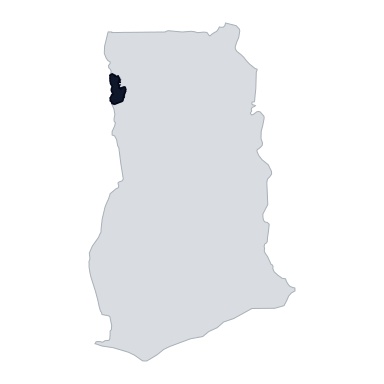 Wa West, Upper West, Ghana (highlighted)
{"feature_id": "2480657B35206472883168", "entity_name": "Wa West", "entity_type": "district", "adm_level": 2, "iso_a3": "GHA", "parent_name": "Ghana", "parent_adm1": "Upper West", "projection": "robinson", "projection_center": [-2.68, 9.917], "detail": "fine", "context": "in_parent", "style": "filled", "palette": "ink", "viewbox_px": 384, "rotation_deg": 0, "n_neighbors": 0, "source": "geoboundaries", "source_scale": "gbopen_adm2", "svg_char_len": 6340}
<svg xmlns="http://www.w3.org/2000/svg" viewBox="0 0 384 384"><path d="M236.2,25.7L239.2,28.9L239.8,30.7L238.7,37.6L236.6,42.4L235.2,46.9L235.4,49.1L236.8,51.3L241.3,54.9L243.6,57.1L246.3,60.6L249.5,64.0L254.9,68.4L257.1,69.2L257.0,70.4L256.3,72.1L255.8,88.6L255.4,92.8L255.1,95.0L254.6,101.1L254.0,102.0L253.0,101.9L252.0,102.1L251.8,103.4L252.2,104.6L255.4,105.5L254.7,106.4L252.3,107.3L251.2,109.1L251.7,111.2L250.4,112.9L250.8,114.1L251.6,114.9L253.0,114.6L256.8,111.8L258.4,111.4L260.3,112.0L264.0,116.3L264.1,118.5L262.7,125.7L261.2,131.3L261.0,138.7L262.5,142.9L262.3,145.2L260.6,147.2L256.9,150.1L257.2,152.0L258.9,155.7L262.1,159.8L268.3,164.8L271.5,171.4L271.6,174.1L269.7,176.8L267.5,179.1L266.8,182.4L267.8,204.5L262.9,214.0L262.9,216.8L263.4,219.9L264.7,221.9L267.2,222.4L269.2,224.2L268.5,230.9L267.5,237.8L267.3,241.1L266.7,242.7L264.8,244.0L264.1,246.1L264.6,248.8L264.2,250.8L265.2,253.3L267.5,256.5L271.1,264.4L272.4,265.0L273.1,266.7L272.7,268.3L274.1,271.8L278.0,275.3L282.2,278.3L285.6,278.8L286.4,281.5L288.6,285.0L290.3,286.5L292.8,287.5L294.9,288.0L295.0,290.9L291.3,293.0L288.7,296.0L286.7,300.6L284.0,305.7L274.7,308.3L271.1,308.3L251.9,308.5L234.0,318.4L223.6,322.0L217.3,327.6L208.7,331.6L202.8,336.5L190.4,338.8L170.0,346.4L163.7,349.4L157.2,354.7L146.7,361.0L142.6,360.9L134.4,355.1L128.3,352.2L113.2,347.7L101.9,346.0L96.5,344.1L95.0,343.7L96.2,341.7L99.4,341.5L102.7,342.2L105.2,340.6L108.9,340.4L109.8,338.7L110.1,334.5L110.1,331.1L111.4,329.6L111.7,325.6L109.9,316.8L108.6,315.8L102.0,314.5L101.6,312.7L100.4,310.9L99.1,306.3L97.7,299.6L95.4,291.1L91.0,277.3L89.9,272.4L89.1,267.4L89.0,261.4L89.9,259.2L89.7,256.1L89.3,253.1L92.4,246.0L98.5,237.4L99.8,234.3L101.0,232.1L101.1,229.0L102.2,218.9L105.1,206.8L107.0,202.2L108.2,199.7L109.7,195.6L110.1,193.7L115.7,189.0L118.3,187.7L118.8,185.8L118.0,183.7L118.3,182.4L119.7,181.7L121.8,181.1L123.3,179.1L120.9,164.1L119.0,149.2L118.9,147.9L117.7,145.8L116.6,139.7L114.7,136.0L112.1,135.0L112.1,131.6L114.7,125.8L115.4,122.5L114.2,121.5L114.0,118.8L114.9,114.6L114.4,112.0L114.0,109.2L111.2,102.7L110.5,98.0L111.9,95.3L111.9,89.4L110.4,80.2L110.1,74.4L111.2,72.0L110.7,69.8L108.7,67.6L108.5,65.5L110.2,63.4L110.0,61.8L107.9,60.6L106.0,57.8L104.3,53.4L104.6,46.2L107.8,33.0L108.2,31.9L111.8,32.0L111.9,32.6L123.1,32.4L135.9,32.3L151.3,32.1L165.2,32.0L165.9,31.4L168.2,30.7L182.3,32.0L191.1,31.3L194.8,31.8L197.5,32.7L203.6,32.1L206.9,32.4L209.3,35.7L210.3,35.7L211.7,34.3L214.1,32.7L216.6,31.4L218.4,28.9L219.4,26.9L221.0,27.3L223.3,27.2L224.9,25.6L225.5,23.0L236.2,25.7Z" fill="#d9dde1" stroke="#a8b0b8" stroke-width="1"/><path d="M125.4,87.8L125.3,87.4L125.2,87.4L125.1,87.2L124.9,87.0L124.7,87.0L124.6,86.9L124.4,86.9L124.2,86.9L124.2,87.0L123.9,87.1L123.7,87.3L123.4,87.2L123.4,87.3L123.2,87.4L122.9,87.4L122.9,87.5L122.7,87.6L122.6,87.9L122.4,87.9L122.2,87.9L122.1,88.1L121.9,88.1L121.7,88.0L121.6,87.8L121.3,87.7L121.1,87.9L121.0,88.1L120.9,88.1L121.0,88.4L120.9,88.4L120.9,88.5L120.8,88.4L120.7,88.5L120.7,88.4L120.6,88.5L120.4,88.5L120.3,88.4L120.3,88.5L120.2,88.4L119.9,88.3L119.8,88.2L119.7,88.3L119.6,88.2L119.4,88.1L119.5,88.0L119.6,87.9L119.4,87.9L119.2,87.9L119.1,87.7L118.9,87.7L118.9,87.2L118.9,86.7L119.2,86.4L119.3,86.2L119.2,85.9L119.3,85.9L119.5,85.7L119.7,85.4L119.5,85.2L119.4,85.2L119.5,85.1L119.4,85.1L119.2,85.3L119.1,85.5L118.9,85.3L118.8,85.1L119.0,85.1L119.1,84.8L119.0,84.7L118.8,84.5L118.7,84.5L118.4,84.0L118.3,83.6L118.3,83.3L118.2,83.0L118.2,82.9L118.3,82.4L118.9,82.4L119.0,82.5L119.3,82.4L120.1,82.3L120.3,82.3L120.3,82.2L120.0,82.0L119.9,81.9L119.6,81.7L119.7,81.4L119.8,81.0L119.7,80.7L119.8,80.5L119.9,80.4L119.7,80.4L119.4,80.5L119.4,80.4L119.3,80.5L119.2,80.5L119.1,80.4L119.0,80.2L119.3,79.8L119.8,79.5L119.9,79.4L119.7,79.1L119.6,78.7L119.6,78.4L119.6,78.2L119.4,78.1L119.2,77.8L118.9,77.6L118.7,77.5L118.5,77.2L118.3,77.0L118.1,76.8L118.2,76.6L118.5,76.5L118.2,75.9L117.8,75.9L117.7,76.0L117.5,76.3L117.4,76.3L117.2,76.4L116.9,76.3L116.9,76.2L116.7,76.2L116.6,76.3L116.2,76.5L116.1,76.4L115.9,76.3L115.8,76.2L115.5,76.1L115.4,76.0L115.2,76.0L115.2,75.9L115.0,76.0L114.9,75.9L114.8,76.0L114.7,76.0L114.5,75.9L114.5,75.6L114.4,75.4L114.4,75.5L114.3,75.4L114.4,75.2L114.2,75.2L114.1,74.9L113.9,74.9L113.8,74.7L113.8,74.8L113.7,74.7L113.4,74.6L113.2,74.4L113.1,74.2L113.1,74.3L112.9,74.3L112.8,74.2L112.6,74.0L112.6,73.9L112.4,73.9L112.2,73.9L111.8,74.0L111.7,74.0L111.6,74.4L111.4,74.3L111.2,74.4L111.2,74.6L110.9,74.7L110.7,74.7L110.6,74.8L110.4,74.9L110.2,75.0L109.8,75.4L109.8,75.6L110.0,75.9L110.0,76.4L110.1,76.6L110.1,76.9L110.2,77.2L110.1,77.4L110.0,77.7L109.9,77.8L109.9,78.4L110.0,78.7L110.0,79.0L110.0,79.3L110.1,79.5L110.1,79.9L110.0,80.4L110.1,80.7L110.0,80.9L110.1,81.3L110.1,81.5L110.3,81.7L110.3,81.9L110.4,82.3L110.4,82.7L110.4,83.2L110.7,83.5L110.7,84.0L111.0,84.4L111.2,84.7L111.4,85.0L111.5,85.2L111.8,85.4L111.9,85.6L112.0,86.1L112.2,86.8L112.2,87.3L112.1,87.5L111.9,87.6L111.8,87.8L111.5,88.4L111.3,89.2L111.3,89.3L111.3,89.7L111.4,90.0L111.3,90.7L111.6,91.3L112.1,92.3L112.4,92.6L112.8,93.2L112.9,93.4L113.0,93.6L113.0,93.8L112.9,94.1L112.7,94.4L112.0,94.7L111.9,94.7L111.5,95.1L111.5,95.3L111.4,95.5L111.2,96.0L111.0,96.4L111.0,96.6L110.8,96.9L110.6,97.4L110.5,97.6L110.2,97.7L110.0,98.0L110.1,98.3L110.2,98.7L110.4,99.1L110.4,99.3L110.2,99.9L110.2,100.5L110.2,100.8L110.3,100.9L110.3,101.0L110.5,101.1L110.9,101.3L111.4,101.4L111.5,101.5L111.6,101.9L111.7,102.9L111.8,103.1L112.0,103.2L112.1,103.5L112.3,103.5L112.5,103.4L112.6,103.5L112.6,103.4L112.8,103.4L112.8,103.7L113.0,103.9L113.2,104.0L113.3,104.0L113.5,104.0L113.8,103.9L114.1,104.0L114.3,104.1L114.5,104.1L114.8,104.0L115.0,104.0L115.3,104.0L115.3,103.9L115.3,104.0L115.5,103.9L115.8,103.7L116.1,103.7L116.5,103.5L116.6,103.4L116.6,103.5L116.9,103.4L117.1,103.4L117.3,103.3L117.6,103.2L118.0,103.0L118.6,102.7L118.9,102.6L121.7,101.6L122.0,101.4L122.5,101.1L122.8,100.8L123.0,100.3L123.1,99.6L123.2,99.4L123.1,98.2L123.7,97.8L124.1,97.6L124.2,97.4L124.2,97.2L123.7,97.0L123.8,96.0L124.1,95.9L124.3,95.8L124.2,95.6L124.1,95.4L124.0,95.2L124.2,94.8L124.0,94.6L124.0,94.2L124.7,93.9L124.8,93.5L124.8,93.3L124.9,93.2L125.0,92.9L125.2,92.7L125.3,91.6L125.7,91.4L125.7,91.0L125.5,90.8L125.4,90.7L125.4,89.8L125.8,89.8L125.9,89.7L125.9,89.3L125.8,89.0L125.6,88.9L125.4,88.4L125.4,87.8Z" fill="#0f172a" stroke="#020617" stroke-width="1.5"/></svg>